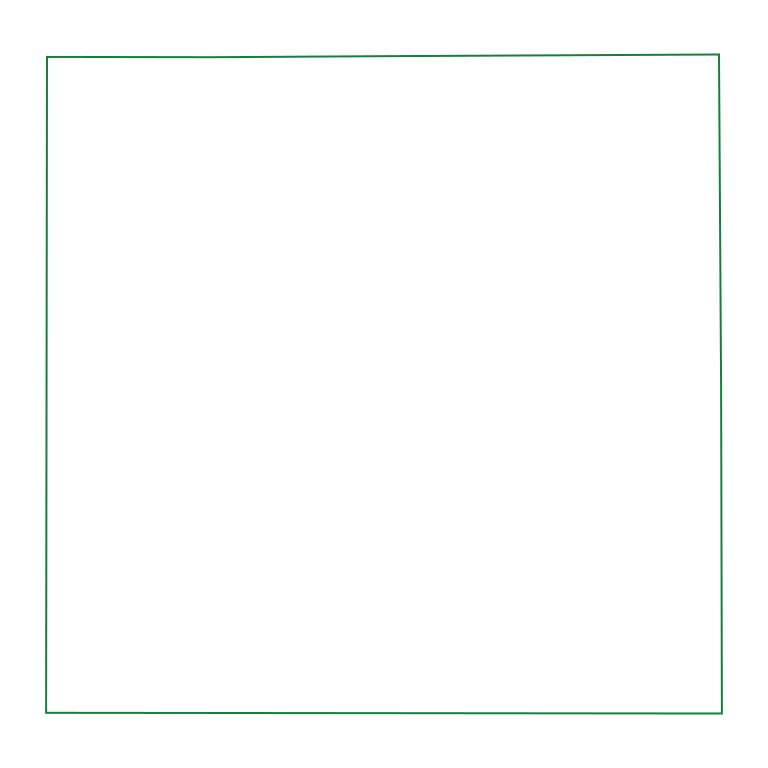 Marshall, Iowa, United States of America (Equal Earth projection)
{"feature_id": "52423323B44218034529984", "entity_name": "Marshall", "entity_type": "district", "adm_level": 2, "iso_a3": "USA", "parent_name": "United States of America", "parent_adm1": "Iowa", "projection": "equal_earth", "projection_center": [-93.014, 42.036], "detail": "fine", "context": "isolated", "style": "outline", "palette": "green", "viewbox_px": 768, "rotation_deg": 0, "n_neighbors": 0, "source": "geoboundaries", "source_scale": "gbopen_adm2", "svg_char_len": 215}
<svg xmlns="http://www.w3.org/2000/svg" viewBox="0 0 768 768"><path d="M47.0,56.9L46.1,712.8L721.9,713.5L721.1,386.0L719.0,54.5L380.0,56.2L211.8,57.2L47.0,56.9Z" fill="none" stroke="#15803d" stroke-width="2"/></svg>